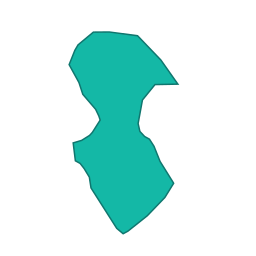 the Municipality of Gorišnica, rotated 346°
{"feature_id": "SVN-1041", "entity_name": "Gorišnica", "entity_type": "Municipality", "adm_level": 1, "iso_a3": "SVN", "parent_name": "Slovenia", "parent_adm1": "", "projection": "equal_earth", "projection_center": [16.012, 46.363], "detail": "fine", "context": "isolated", "style": "filled", "palette": "teal", "viewbox_px": 256, "rotation_deg": 346, "n_neighbors": 0, "source": "natural_earth", "source_scale": "10m", "svg_char_len": 611}
<svg xmlns="http://www.w3.org/2000/svg" viewBox="0 0 256 256"><g transform="rotate(346 128 128)"><path d="M158.9,192.7L147.0,204.3L125.5,217.8L102.9,228.1L97.7,229.4L97.4,229.0L92.8,222.7L77.6,177.2L78.6,166.3L75.6,156.7L73.0,150.8L69.0,147.1L71.2,129.2L80.0,128.8L88.9,125.9L92.4,123.6L102.9,113.6L102.6,109.3L101.1,102.0L92.3,84.4L91.4,72.0L86.2,52.3L95.2,39.8L99.7,35.2L117.6,26.6L133.0,30.3L159.6,40.8L176.3,69.9L187.0,97.5L164.7,92.4L148.8,104.3L138.9,126.1L138.7,134.2L142.1,140.3L146.1,144.0L148.8,152.0L151.0,168.1L158.7,191.9L158.9,192.7Z" fill="#14b8a6" stroke="#0f766e" stroke-width="1.5"/></g></svg>